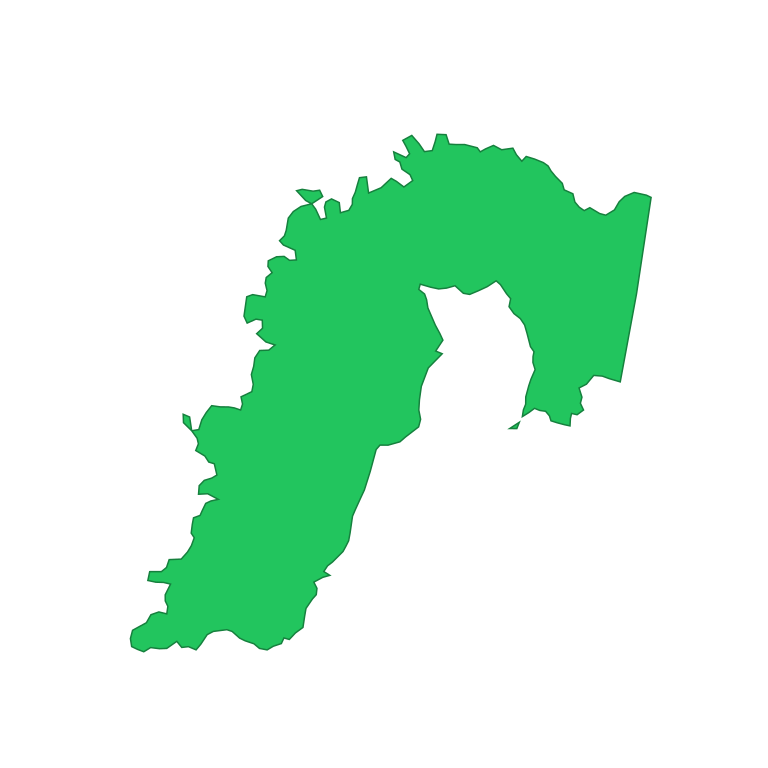 outline of Rosário do Ivaí, Paraná, Brazil, rotated 259°
{"feature_id": "56859067B13040276916511", "entity_name": "Rosário do Ivaí", "entity_type": "district", "adm_level": 2, "iso_a3": "BRA", "parent_name": "Brazil", "parent_adm1": "Paraná", "projection": "mercator", "projection_center": [-51.205, -24.314], "detail": "fine", "context": "isolated", "style": "filled", "palette": "green", "viewbox_px": 768, "rotation_deg": 259, "n_neighbors": 0, "source": "geoboundaries", "source_scale": "gbopen_adm2", "svg_char_len": 3708}
<svg xmlns="http://www.w3.org/2000/svg" viewBox="0 0 768 768"><g transform="rotate(259 384 384)"><path d="M516.2,681.8L519.3,677.6L524.3,666.1L522.2,656.1L518.1,649.7L510.9,643.4L507.4,633.9L510.2,628.2L517.8,619.7L516.0,613.6L520.3,609.4L526.2,606.1L534.7,605.7L540.2,597.9L547.0,597.3L555.1,591.9L561.2,588.6L566.7,586.7L570.9,582.7L576.1,574.7L580.2,567.0L576.4,561.8L583.8,557.7L590.9,555.5L591.5,544.2L597.3,537.0L595.4,528.5L593.5,522.8L598.1,520.6L603.7,508.8L605.3,500.4L607.0,493.7L616.9,492.5L619.0,483.7L612.0,480.4L603.9,475.9L604.4,468.0L613.0,464.3L622.7,458.7L619.6,448.9L613.0,451.0L605.1,453.1L602.0,448.9L610.0,437.8L602.3,437.8L598.9,441.9L591.5,442.6L584.5,449.5L578.2,451.0L573.6,441.1L580.5,434.9L584.5,430.3L577.2,418.6L574.4,405.3L590.7,406.3L591.2,399.3L584.7,395.9L577.7,392.4L572.0,388.4L566.4,387.2L561.2,382.6L560.4,373.9L570.6,374.7L575.7,367.8L573.8,361.7L569.0,359.3L557.9,359.2L557.6,353.0L568.6,350.3L574.7,347.4L574.1,336.4L570.6,327.9L565.1,321.7L553.4,317.3L548.4,314.5L544.6,308.8L539.6,311.8L532.2,322.3L522.5,321.7L523.4,314.9L528.3,310.3L529.4,302.8L527.0,293.9L521.5,292.5L514.6,295.4L511.0,288.7L505.7,286.7L498.0,287.0L492.2,284.0L496.8,272.1L495.8,265.9L477.3,259.5L469.9,261.3L472.1,270.7L469.9,276.7L461.9,275.4L457.7,268.6L447.8,276.1L443.1,284.5L439.2,277.3L440.6,268.4L434.3,262.2L426.3,259.5L418.6,255.6L408.6,255.6L401.7,252.8L398.7,241.2L391.3,241.3L385.8,238.3L389.1,232.5L391.2,226.8L392.7,219.2L395.6,210.7L389.9,204.1L383.6,198.3L374.6,193.5L374.8,186.3L366.4,190.2L360.7,190.4L354.6,186.5L347.5,194.4L340.8,197.1L338.1,202.2L326.5,202.6L324.5,196.9L323.7,189.2L319.5,183.2L311.2,180.9L309.9,190.0L302.4,199.3L302.2,191.7L300.8,186.2L294.5,181.5L290.1,178.4L289.0,171.5L282.7,169.0L274.4,166.3L269.3,168.4L262.1,164.1L256.6,159.1L250.8,151.5L252.6,139.6L245.4,135.5L242.3,129.7L244.5,118.2L236.2,114.7L233.0,122.2L231.3,129.7L228.3,136.3L218.8,129.0L212.8,127.9L207.0,129.4L199.8,126.9L203.2,119.5L202.0,111.2L195.0,105.2L192.9,98.6L190.2,90.2L182.5,86.5L174.4,86.2L170.6,91.3L167.0,97.1L169.8,104.6L167.0,113.1L165.9,120.3L170.9,131.5L164.0,135.2L163.5,141.9L158.9,148.8L163.5,154.5L171.7,162.6L173.7,169.3L172.8,182.9L170.1,187.7L162.1,193.8L158.4,198.7L153.8,206.8L148.2,211.3L145.3,218.6L147.7,225.3L148.8,233.7L153.8,237.3L151.3,242.3L156.5,249.5L160.5,258.0L171.2,261.8L178.6,264.6L186.7,272.8L190.1,277.3L196.2,279.2L202.9,277.3L205.9,287.0L206.5,294.3L211.4,289.1L216.3,293.9L219.1,299.5L227.4,311.8L232.1,315.7L236.9,319.4L244.3,322.3L255.2,326.1L260.3,327.9L265.6,331.5L275.7,338.7L283.7,344.5L300.8,353.8L321.2,363.8L324.8,368.4L323.2,376.3L324.2,388.6L327.9,395.0L335.3,409.8L342.4,413.2L351.8,413.2L361.8,415.8L374.6,420.2L391.3,430.5L402.6,446.9L406.5,441.0L415.8,450.2L422.7,448.5L432.0,445.6L450.3,441.6L458.6,441.9L464.6,441.0L470.2,436.2L475.1,438.6L470.1,448.3L466.9,455.8L466.2,463.7L466.9,472.5L457.9,479.2L455.6,485.2L457.5,494.3L459.9,504.0L463.9,513.8L459.3,517.3L449.2,521.5L443.6,524.6L436.0,521.5L428.3,525.0L422.2,530.3L415.1,533.3L406.1,534.1L392.7,534.9L387.1,537.4L382.4,535.5L376.7,534.3L369.3,535.1L360.7,529.2L354.7,525.8L344.3,520.7L337.1,519.2L332.0,515.9L325.6,513.6L328.3,520.7L331.4,527.1L328.3,531.9L326.4,537.4L321.2,540.3L316.0,540.9L313.0,546.4L309.6,553.4L307.4,558.6L314.6,560.4L319.3,562.5L317.0,567.7L320.4,574.9L327.6,573.1L333.3,575.8L342.9,574.7L345.2,582.7L352.4,591.5L350.1,599.8L346.3,606.1L341.0,616.3L424.4,649.1L516.2,681.8ZM574.7,347.4L579.7,359.6L586.5,357.8L586.8,351.2L590.7,340.8L590.4,335.1L579.1,342.1L574.7,347.4ZM374.8,186.3L388.7,186.9L392.6,181.1L384.3,179.8L374.8,186.3ZM320.6,509.5L316.3,498.9L314.9,505.9L320.6,509.5Z" fill="#22c55e" stroke="#15803d" stroke-width="1.5"/></g></svg>